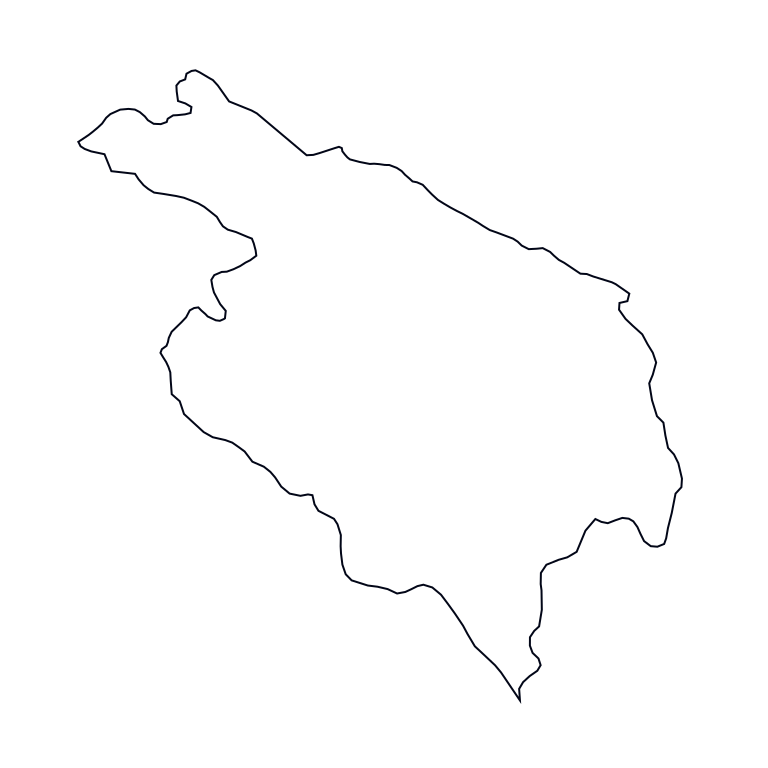 Sebauh, Sarawak, Malaysia (Robinson projection), rotated 267°
{"feature_id": "92858781B11810319562085", "entity_name": "Sebauh", "entity_type": "district", "adm_level": 2, "iso_a3": "MYS", "parent_name": "Malaysia", "parent_adm1": "Sarawak", "projection": "robinson", "projection_center": [113.621, 3.14], "detail": "fine", "context": "isolated", "style": "outline", "palette": "ink", "viewbox_px": 768, "rotation_deg": 267, "n_neighbors": 0, "source": "geoboundaries", "source_scale": "gbopen_adm2", "svg_char_len": 3298}
<svg xmlns="http://www.w3.org/2000/svg" viewBox="0 0 768 768"><g transform="rotate(267 384 384)"><path d="M473.7,616.8L480.4,598.6L483.2,592.3L483.9,585.9L495.6,570.3L498.8,565.1L503.3,560.4L507.2,556.8L511.4,549.6L511.1,543.6L511.1,535.6L515.0,528.8L519.2,524.9L522.4,520.5L525.9,512.5L529.4,504.5L532.2,497.7L536.8,490.9L540.0,486.6L544.2,480.2L549.9,471.4L553.0,465.8L556.9,459.4L560.8,453.5L565.0,447.5L570.7,441.9L575.2,437.9L580.9,433.1L583.7,427.5L584.8,423.1L587.6,420.4L591.8,416.0L595.7,412.8L599.2,408.0L602.4,400.8L602.7,396.4L603.8,390.8L604.5,385.7L604.5,381.3L607.0,371.3L610.1,361.7L612.2,359.3L615.1,357.0L618.6,354.6L621.8,354.2L623.2,351.4L622.1,347.0L620.7,341.8L619.3,336.6L617.9,331.4L616.5,325.4L616.5,318.7L660.9,271.2L664.1,266.0L674.3,244.1L690.8,233.7L696.5,229.0L697.8,226.9L699.3,224.6L704.9,216.2L707.1,212.2L706.7,208.2L704.2,203.0L698.6,201.4L696.8,195.9L692.9,192.3L687.0,192.3L677.4,193.1L674.6,200.3L670.7,206.2L664.8,205.0L663.7,199.5L663.3,191.9L663.3,187.5L660.2,181.9L657.0,180.7L655.2,174.7L655.9,167.6L659.8,162.0L663.7,159.2L668.3,154.4L671.1,149.6L672.1,143.2L671.8,134.9L667.9,124.9L664.4,120.5L658.8,116.1L654.9,111.4L651.0,106.2L648.2,102.2L641.8,91.4L640.8,91.9L637.3,93.4L634.4,97.4L631.6,103.8L628.1,116.9L610.8,122.9L606.9,146.4L601.3,149.6L595.0,154.4L591.1,158.8L587.2,164.4L585.4,173.5L582.6,186.3L580.5,193.9L577.0,201.8L574.2,207.8L570.3,213.8L565.4,219.4L559.7,225.8L554.4,228.6L549.9,231.4L546.3,236.1L543.5,244.1L537.9,255.7L536.1,259.7L531.2,261.3L524.1,262.8L518.8,263.2L514.6,256.9L512.5,252.1L509.3,246.5L506.5,239.7L504.4,232.9L504.4,227.8L501.6,220.2L497.0,217.0L489.9,217.8L484.3,219.0L472.3,224.6L465.3,229.8L457.9,228.6L457.2,227.4L455.7,223.4L456.4,219.4L460.7,211.4L463.1,209.4L467.0,205.4L470.2,202.6L469.8,198.3L467.7,193.9L461.0,189.9L456.4,185.1L452.9,181.1L447.3,174.7L441.3,171.5L437.1,170.4L433.5,168.8L430.4,164.0L426.8,162.4L422.3,164.8L417.3,167.6L412.4,169.6L406.8,171.2L398.3,171.2L384.9,171.5L377.5,179.1L364.5,182.7L345.4,201.4L339.8,210.2L336.3,222.6L333.4,229.4L328.5,235.7L323.9,241.3L313.3,248.5L307.7,259.7L302.1,266.0L296.4,270.4L286.9,276.0L279.5,284.0L276.7,294.7L277.7,302.3L276.7,306.7L267.5,308.3L260.8,311.9L252.0,327.0L246.4,330.2L235.4,333.0L224.2,332.2L217.1,332.2L205.8,333.0L196.0,335.8L189.6,341.4L183.6,357.3L181.9,366.9L179.0,376.9L174.1,386.1L175.2,394.4L177.6,400.4L180.4,406.8L181.5,412.8L178.3,421.6L170.6,429.9L161.1,436.3L151.2,442.7L138.5,450.3L130.0,454.3L117.3,461.0L108.2,469.8L97.3,480.2L89.8,485.8L60.9,503.2L72.5,503.0L79.0,507.3L84.7,514.2L89.6,522.1L95.0,525.7L101.8,523.9L107.7,518.3L115.1,516.0L123.5,516.5L129.6,521.1L133.8,526.2L150.3,529.8L169.7,530.5L176.0,530.0L187.1,530.8L195.0,536.7L199.3,549.2L201.3,557.9L206.3,567.6L227.0,577.5L238.1,588.0L234.9,593.9L233.3,600.2L235.8,607.9L237.8,615.0L236.7,621.4L233.8,625.8L227.9,629.6L221.1,632.2L213.5,635.5L208.1,641.9L207.2,648.5L209.6,655.4L215.1,657.7L225.2,660.0L240.1,664.6L259.3,669.4L265.4,675.6L273.9,676.6L289.5,673.8L298.5,669.9L305.3,664.3L317.9,662.3L330.8,661.0L337.6,654.9L353.8,650.8L370.8,648.9L379.2,652.9L391.2,656.9L401.1,654.1L409.9,649.3L420.1,644.5L429.3,635.3L436.4,628.6L445.9,622.6L452.6,623.4L454.0,631.4L461.4,633.7L471.6,620.6L473.7,616.8Z" fill="none" stroke="#020617" stroke-width="2"/></g></svg>